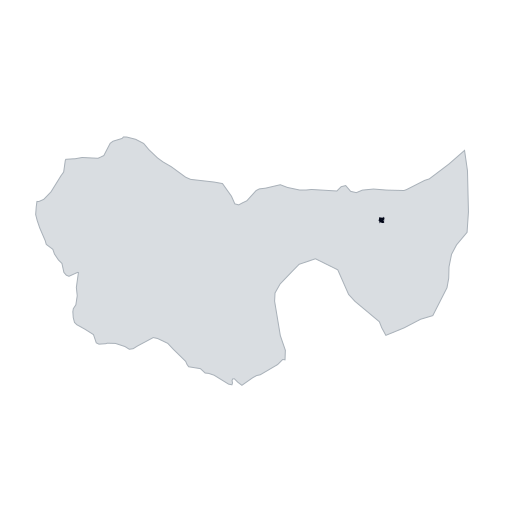 Saldus, Saldus, Latvia (highlighted), rotated 176°
{"feature_id": "27541924B14554073945522", "entity_name": "Saldus", "entity_type": "district", "adm_level": 2, "iso_a3": "LVA", "parent_name": "Latvia", "parent_adm1": "Saldus", "projection": "orthographic", "projection_center": [22.489, 56.666], "detail": "fine", "context": "in_parent", "style": "filled", "palette": "ink", "viewbox_px": 512, "rotation_deg": 176, "n_neighbors": 0, "source": "geoboundaries", "source_scale": "gbopen_adm2", "svg_char_len": 3075}
<svg xmlns="http://www.w3.org/2000/svg" viewBox="0 0 512 512"><g transform="rotate(176 256 256)"><path d="M379.9,384.0L376.7,383.7L367.9,380.8L360.2,376.1L355.5,369.6L347.5,360.8L342.3,356.4L334.2,350.9L320.7,339.5L315.9,337.0L292.7,332.7L284.4,330.6L276.3,317.3L273.5,309.5L269.7,308.2L265.7,310.0L261.3,311.7L251.3,321.3L248.0,322.7L241.7,323.0L226.8,325.4L219.9,322.2L208.0,318.8L201.6,318.3L196.0,318.5L170.8,315.2L166.2,319.2L161.6,320.0L157.1,313.9L151.5,312.2L145.3,314.3L134.1,314.6L120.8,312.6L103.8,311.0L101.3,311.7L82.4,319.7L77.8,320.8L57.1,334.3L40.6,346.8L39.1,326.2L41.0,285.2L43.8,264.9L55.1,253.2L60.8,244.1L64.2,231.8L65.3,220.4L67.7,211.0L83.8,184.2L96.3,181.4L113.2,174.0L132.0,167.8L135.6,175.7L137.5,181.8L160.4,203.8L166.3,211.2L175.4,236.5L196.9,249.1L213.6,244.7L220.8,238.3L233.9,226.4L239.6,217.8L240.6,209.6L237.3,174.9L233.3,159.9L234.3,150.4L236.6,150.9L242.0,146.2L260.1,137.2L263.7,136.7L267.8,134.8L279.1,128.0L282.9,131.3L286.1,135.0L287.8,135.0L288.6,133.5L288.3,131.0L289.0,129.2L292.3,130.1L306.1,140.0L311.4,142.2L314.9,142.8L319.3,147.5L330.9,150.2L332.4,152.7L333.5,155.8L344.9,168.6L350.1,175.0L360.0,180.6L364.2,181.8L380.5,174.5L385.0,172.1L388.9,171.8L393.0,174.8L402.3,178.6L410.5,179.4L411.9,179.0L418.8,179.0L421.4,180.5L423.6,188.9L431.9,195.0L439.6,200.0L441.7,202.4L442.6,207.3L442.6,213.2L441.9,216.2L439.1,219.9L437.1,228.8L437.4,237.2L434.3,251.9L435.2,252.1L444.0,248.8L446.6,250.1L448.8,253.1L450.1,262.1L453.4,265.9L456.9,272.0L458.2,276.8L464.4,282.2L465.2,286.0L469.8,299.1L471.8,306.7L472.9,312.7L471.8,320.4L470.7,325.7L468.8,325.5L463.8,327.3L456.1,334.2L444.9,349.7L442.0,353.2L439.6,364.5L439.0,365.7L431.8,365.7L429.8,365.6L422.6,366.4L406.8,364.5L400.8,366.8L393.6,378.6L390.6,380.5L381.4,382.6L379.9,384.0Z" fill="#d9dde1" stroke="#a8b0b8" stroke-width="1"/><path d="M129.7,281.7L129.6,281.8L129.4,281.9L129.3,281.7L129.2,281.7L129.1,281.8L128.8,281.9L128.7,281.9L128.4,281.9L128.5,281.8L128.4,281.7L128.5,281.7L128.4,281.7L128.4,281.4L128.5,281.4L128.4,281.2L128.2,281.1L127.8,281.0L127.7,281.0L127.6,280.9L127.4,280.8L127.1,280.9L126.9,280.8L126.7,280.8L126.5,281.0L126.7,281.3L127.1,282.2L127.1,282.3L127.1,282.5L127.3,282.6L127.3,282.8L127.4,283.0L127.5,283.0L127.4,283.1L127.2,283.2L127.2,283.3L127.0,283.5L126.9,283.5L126.7,283.5L126.8,283.6L126.8,283.8L126.7,283.8L126.6,284.0L126.5,284.3L126.4,284.4L126.5,284.4L126.5,284.5L126.6,284.4L126.8,284.3L126.9,284.5L127.0,284.6L127.2,284.4L127.2,284.2L127.3,284.3L127.4,284.5L127.5,284.6L127.8,284.7L128.0,284.7L128.1,284.8L128.3,284.8L128.5,284.8L128.7,284.7L128.8,284.7L129.0,284.6L129.2,284.8L129.3,284.9L129.4,285.0L129.5,284.9L129.6,285.0L129.8,285.1L129.9,284.6L129.8,284.4L129.9,284.2L129.6,284.0L129.6,283.9L129.4,283.9L129.5,283.8L129.7,283.7L129.7,283.4L129.7,283.2L129.8,283.3L129.8,283.2L130.0,283.2L130.0,283.3L130.1,283.2L130.3,283.1L130.2,283.0L130.0,282.9L130.0,282.7L129.9,282.7L129.6,282.6L129.5,282.3L129.5,282.2L129.8,282.0L129.8,281.9L129.7,281.9L129.7,281.7L129.7,281.7Z" fill="#0f172a" stroke="#020617" stroke-width="1.5"/></g></svg>